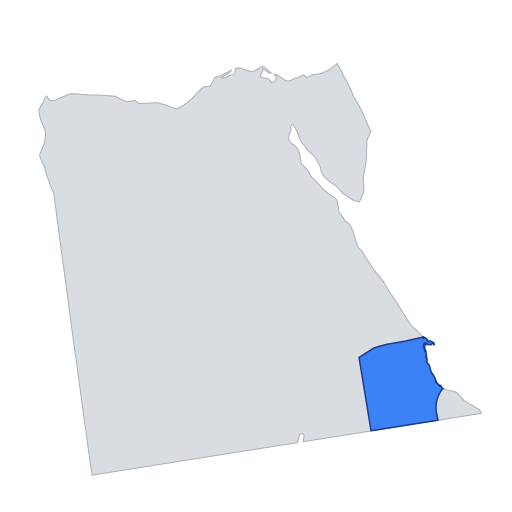 location of Shallatin, Al Bahr al Ahmar, Egypt, rotated 351°
{"feature_id": "37247803B26246524516343", "entity_name": "Shallatin", "entity_type": "district", "adm_level": 2, "iso_a3": "EGY", "parent_name": "Egypt", "parent_adm1": "Al Bahr al Ahmar", "projection": "natural_earth1", "projection_center": [35.577, 23.072], "detail": "fine", "context": "in_parent", "style": "filled", "palette": "blue", "viewbox_px": 512, "rotation_deg": 351, "n_neighbors": 0, "source": "geoboundaries", "source_scale": "gbopen_adm2", "svg_char_len": 7505}
<svg xmlns="http://www.w3.org/2000/svg" viewBox="0 0 512 512"><g transform="rotate(351 256 256)"><path d="M453.9,446.7L443.0,446.7L432.1,446.7L421.2,446.7L410.4,446.8L399.5,446.8L388.6,446.8L377.7,446.8L366.9,446.8L356.0,446.8L345.1,446.8L334.2,446.8L323.4,446.8L312.5,446.8L301.6,446.8L290.7,446.8L279.9,446.8L273.6,446.8L274.7,443.3L275.4,440.8L274.7,439.1L272.6,438.6L271.2,439.2L267.9,446.5L266.2,446.8L262.3,446.8L249.7,446.8L237.0,446.8L224.3,446.8L211.7,446.8L199.0,446.8L186.3,446.8L173.7,446.8L161.0,446.8L148.3,446.8L135.7,446.8L123.0,446.8L110.4,446.8L97.7,446.8L85.0,446.8L72.4,446.8L59.7,446.8L59.9,437.9L60.0,429.1L60.2,420.2L60.4,411.3L60.6,402.5L60.7,393.6L60.9,384.7L61.1,375.9L61.3,367.0L61.5,358.1L61.7,349.3L61.9,340.4L62.1,331.5L62.2,322.6L62.4,313.8L62.6,304.9L62.8,296.0L63.0,287.2L63.2,278.3L63.5,269.4L63.7,260.5L63.9,251.7L64.1,242.8L64.3,233.9L64.5,225.0L64.7,216.2L64.9,207.3L65.2,198.4L65.4,189.5L65.6,180.7L65.8,171.8L66.1,162.9L65.8,161.3L64.2,155.2L62.7,147.6L61.2,138.1L61.1,135.1L58.3,125.4L58.1,122.6L58.9,120.7L64.1,112.5L65.6,108.5L67.0,103.8L67.5,99.9L66.3,94.0L64.7,88.6L64.3,83.2L64.2,77.8L66.8,74.2L69.9,70.8L71.1,68.7L72.9,66.3L74.2,65.2L76.5,70.0L81.5,70.8L98.2,66.5L116.3,70.8L126.3,72.5L141.7,76.1L151.0,82.7L153.6,83.5L160.4,83.4L164.7,87.2L182.4,89.1L191.8,93.3L197.1,96.7L200.3,97.8L203.2,97.6L207.0,96.3L211.9,93.9L217.2,90.6L228.3,82.1L232.2,80.6L234.7,81.0L237.8,80.9L239.1,78.5L240.8,77.0L241.8,75.2L243.5,73.0L249.2,72.4L260.6,68.7L259.3,70.4L248.9,74.6L253.3,75.1L257.9,73.7L263.1,72.8L264.1,71.0L264.8,67.7L265.8,67.2L269.4,67.8L280.0,73.0L282.6,73.1L290.2,70.3L291.8,69.7L294.2,71.2L299.7,77.6L297.8,77.5L291.9,72.0L291.3,74.7L287.9,79.5L292.1,81.6L295.5,82.4L297.4,85.0L298.5,87.4L301.9,86.4L304.4,83.1L303.1,81.3L302.3,79.5L303.4,79.4L305.7,80.9L312.5,87.1L314.7,88.3L317.4,88.1L322.9,86.4L324.4,86.7L331.8,84.4L332.7,86.1L333.9,87.7L339.8,85.9L349.2,85.9L356.8,83.9L365.7,79.1L366.4,78.3L366.8,79.5L367.9,82.8L370.6,91.3L372.9,97.9L375.7,107.0L376.6,110.5L377.0,113.0L381.2,123.0L383.6,131.3L385.4,138.0L388.0,147.8L389.1,151.2L387.3,153.0L383.6,159.4L379.7,179.7L374.1,195.5L373.4,205.4L372.5,209.0L369.8,214.0L366.6,218.9L360.9,216.4L351.6,207.7L346.2,199.5L340.5,194.2L335.0,187.2L333.5,182.1L333.6,178.9L331.3,171.0L329.5,167.2L322.9,158.8L321.0,154.3L319.6,152.3L318.1,149.5L315.8,138.6L313.2,131.6L310.2,133.5L310.7,136.5L308.0,140.5L306.4,145.2L307.6,149.0L313.0,154.8L314.1,157.4L315.3,162.9L315.0,170.4L315.9,173.0L320.0,178.5L321.4,181.9L322.3,184.7L323.6,187.3L327.6,192.2L333.4,201.4L339.0,207.6L343.0,210.6L344.6,213.7L345.0,221.4L344.7,225.1L348.2,232.1L349.5,235.7L352.9,238.6L354.4,241.8L355.8,247.2L357.9,263.0L360.9,266.9L370.0,287.7L377.7,300.9L381.4,310.7L387.1,322.6L398.3,348.9L405.0,357.0L407.7,361.6L412.5,365.1L417.8,370.1L412.8,369.6L411.5,369.9L409.8,370.8L408.9,373.9L408.6,376.4L409.2,389.7L410.5,396.4L415.0,409.3L418.3,413.1L419.9,415.6L422.1,417.4L432.6,421.8L438.7,431.1L452.5,442.8L453.8,446.0L453.9,446.7Z" fill="#d9dde1" stroke="#a8b0b8" stroke-width="1"/><path d="M420.0,416.3L420.0,416.2L419.7,415.9L419.3,415.4L419.0,415.1L418.9,414.8L418.7,414.6L418.5,414.4L418.6,414.2L418.5,413.8L418.4,413.6L418.3,413.3L418.1,413.2L418.1,412.9L417.9,413.0L417.8,413.3L418.0,413.3L418.2,413.5L417.9,413.7L417.7,413.7L417.5,413.4L417.1,413.2L417.0,412.9L416.8,412.6L416.7,412.4L416.5,412.2L416.4,412.1L416.4,411.8L416.2,411.8L415.9,411.6L415.8,411.4L415.6,411.1L415.5,410.9L415.4,410.7L415.3,410.4L415.1,410.2L414.9,409.9L414.8,409.4L414.7,409.2L414.6,408.9L414.4,408.8L414.4,409.1L414.1,409.1L414.0,408.9L413.8,408.5L413.7,408.1L413.8,407.9L414.1,407.8L414.1,408.1L414.3,408.2L414.2,407.7L414.0,407.1L413.8,406.7L413.9,406.2L413.8,405.7L413.8,405.4L413.7,404.8L413.6,404.4L413.3,403.6L413.2,403.3L412.9,402.7L412.8,402.1L412.7,401.6L412.6,401.3L412.4,401.2L412.4,400.8L412.1,400.3L411.9,400.2L411.6,400.0L411.5,399.8L411.5,399.4L411.4,399.1L411.3,398.9L411.1,398.8L410.8,398.6L410.8,398.1L410.8,397.4L410.8,396.8L410.7,396.4L410.4,395.9L410.3,395.2L410.3,394.4L410.4,393.9L410.4,392.9L410.3,392.5L410.1,392.1L410.0,391.6L409.9,390.9L409.7,390.4L409.6,390.0L409.2,389.7L409.1,389.4L408.8,389.2L408.6,388.9L408.3,388.5L408.1,388.1L408.0,387.9L408.1,387.6L408.0,387.4L407.9,387.2L407.9,386.9L407.8,386.7L408.0,386.6L408.0,386.8L408.0,387.0L408.1,386.8L408.3,386.3L408.5,385.8L408.5,385.2L408.6,384.8L408.6,384.5L408.8,384.0L408.8,383.8L408.6,383.7L408.4,383.9L408.2,383.9L408.1,383.2L408.3,383.2L408.3,383.4L408.3,383.5L408.5,383.0L408.4,382.4L408.3,382.0L408.0,381.9L408.0,381.7L408.1,381.4L408.4,381.5L408.5,381.7L408.5,381.9L408.6,382.0L408.8,381.6L408.8,380.3L408.9,379.8L408.8,379.1L408.6,378.2L408.6,377.8L408.5,377.7L408.3,377.5L408.1,377.4L408.1,377.1L408.2,376.9L408.3,377.0L408.5,377.1L408.5,376.9L408.8,377.2L408.7,377.3L408.7,377.5L408.8,377.6L408.9,377.4L408.9,377.1L409.0,376.5L408.9,376.2L408.8,375.9L408.7,375.8L408.4,376.2L408.3,376.4L408.3,376.6L408.2,376.7L408.0,376.4L407.9,376.2L407.7,376.0L407.7,375.1L407.6,374.8L407.7,374.7L407.8,374.7L407.9,374.8L407.9,374.6L407.9,374.3L407.8,374.0L407.8,373.8L407.7,373.6L407.7,373.4L407.8,373.3L408.0,373.6L408.0,373.3L408.0,373.1L408.0,372.8L408.1,372.5L408.1,372.3L407.9,372.4L408.0,372.6L407.9,372.7L407.9,372.3L408.0,372.0L407.9,371.7L408.0,371.4L408.0,371.2L407.9,371.1L407.6,371.2L407.8,370.9L407.8,370.7L407.6,370.7L407.6,370.4L407.6,370.0L407.7,369.9L407.7,370.0L407.8,370.2L408.0,370.0L407.9,369.9L407.9,369.7L408.0,369.7L408.1,369.8L408.2,369.6L408.4,369.4L408.3,369.2L408.5,368.7L408.6,368.4L408.8,368.4L409.0,368.3L409.4,368.5L409.6,368.5L409.8,368.5L410.0,368.8L410.3,368.8L410.4,369.0L410.1,369.1L409.9,369.3L409.7,369.4L409.6,369.5L409.3,369.6L409.2,369.6L409.2,369.8L409.4,369.8L409.2,369.9L409.1,370.0L408.9,370.2L408.9,370.4L409.1,370.2L409.4,369.9L409.6,369.6L410.0,369.4L410.4,369.2L410.6,369.2L410.8,369.4L410.9,369.7L411.0,370.0L411.3,370.1L411.8,370.2L412.5,370.4L412.8,370.5L412.9,370.3L413.1,370.3L413.3,370.4L413.5,370.5L413.8,370.6L414.0,370.7L414.3,370.9L414.5,371.1L414.9,371.1L415.1,370.8L415.3,370.6L415.6,370.5L415.9,370.3L415.9,370.2L416.1,370.0L416.3,370.0L416.5,369.9L416.8,369.8L417.0,369.9L417.2,370.0L417.3,370.1L417.4,370.3L417.4,370.6L417.5,370.7L417.7,370.9L417.8,371.1L418.0,371.2L418.0,371.3L418.0,371.5L418.3,371.3L418.3,371.1L418.1,371.0L417.9,370.8L417.7,370.6L417.6,370.4L417.5,370.1L417.4,369.9L417.4,369.6L417.4,369.4L417.2,369.3L417.2,369.2L417.3,369.2L417.0,369.0L416.9,368.8L416.6,368.5L416.4,368.2L416.1,368.1L415.9,367.8L415.7,367.8L415.5,367.7L415.3,367.7L415.2,367.7L414.8,367.3L414.6,367.2L414.4,367.2L414.2,367.3L413.9,367.3L413.6,367.3L413.4,367.4L413.3,367.5L413.2,367.6L412.9,367.4L412.7,367.3L412.5,367.1L412.4,367.0L412.1,367.0L411.9,366.9L411.7,366.6L411.7,366.4L411.8,366.1L411.8,365.7L411.8,365.4L411.6,365.0L411.5,364.6L411.4,364.4L411.3,364.1L411.2,364.0L411.0,363.8L410.8,363.7L410.5,363.5L410.3,363.2L410.2,363.0L410.0,362.9L409.9,363.0L409.7,363.2L409.3,362.9L409.1,362.6L409.0,362.4L408.9,362.2L408.7,362.0L408.6,361.9L408.4,362.0L408.2,362.0L408.2,362.3L408.3,362.2L408.4,362.3L408.5,362.4L408.6,362.5L408.8,362.7L408.8,362.9L408.8,363.0L408.7,363.2L408.6,363.3L408.5,363.2L408.4,363.2L408.3,362.9L408.2,362.7L408.1,362.4L407.9,362.2L401.8,362.6L390.2,363.4L371.6,363.7L363.8,364.4L358.0,365.3L341.9,372.3L342.3,446.6L410.1,446.6L409.7,437.4L410.3,432.3L411.5,428.1L412.9,425.1L414.6,422.0L416.8,419.0L418.6,417.2L420.0,416.3Z" fill="#3b82f6" stroke="#1e3a8a" stroke-width="1.5"/></g></svg>